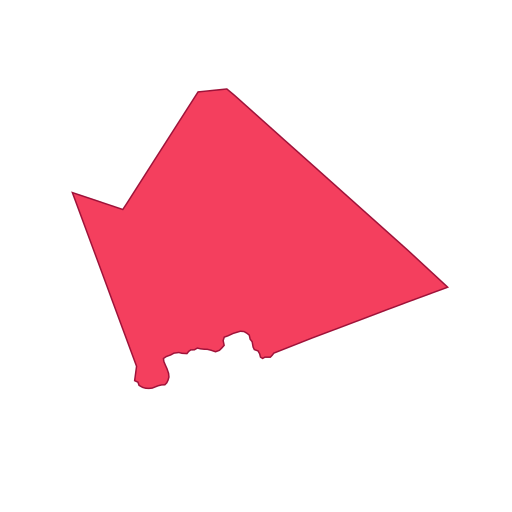 the district of São Benedito do Rio Preto, Maranhão, Brazil, rotated 284°
{"feature_id": "56859067B52035287226996", "entity_name": "São Benedito do Rio Preto", "entity_type": "district", "adm_level": 2, "iso_a3": "BRA", "parent_name": "Brazil", "parent_adm1": "Maranhão", "projection": "mercator", "projection_center": [-43.709, -3.395], "detail": "fine", "context": "isolated", "style": "filled", "palette": "rose", "viewbox_px": 512, "rotation_deg": 284, "n_neighbors": 0, "source": "geoboundaries", "source_scale": "gbopen_adm2", "svg_char_len": 1129}
<svg xmlns="http://www.w3.org/2000/svg" viewBox="0 0 512 512"><g transform="rotate(284 256 256)"><path d="M273.1,62.5L209.2,106.1L184.5,122.9L179.2,126.5L120.1,166.8L105.7,168.4L105.0,172.0L102.2,173.8L101.1,177.7L101.0,180.8L101.6,184.1L102.7,187.2L106.4,192.4L108.1,195.6L109.0,198.7L111.4,200.1L114.3,200.7L117.5,200.8L120.9,199.6L125.1,196.9L128.1,194.5L131.3,192.1L134.2,191.0L136.7,193.2L139.4,197.2L141.9,199.9L143.7,204.5L143.7,207.8L144.6,212.6L147.2,213.8L149.1,215.4L150.1,218.9L152.5,221.4L152.5,224.5L153.0,228.2L153.7,231.4L153.7,235.2L153.3,239.9L155.6,243.3L158.3,245.0L161.6,246.7L166.0,244.6L169.6,244.8L171.7,248.0L175.4,252.6L177.3,255.8L179.2,259.0L179.8,262.7L178.8,266.0L177.6,268.6L173.8,270.5L171.9,273.0L167.0,275.2L164.8,277.0L164.4,280.9L162.0,283.2L159.0,284.8L158.2,287.2L160.0,289.1L161.3,294.4L163.6,295.7L166.1,296.8L189.9,330.1L213.6,364.4L236.1,396.8L239.0,401.1L247.1,412.8L272.1,449.5L298.0,402.4L328.8,344.0L358.8,287.1L375.6,255.1L400.1,208.7L406.8,196.0L411.0,187.3L401.2,160.1L324.3,134.2L275.1,117.7L268.9,115.5L273.1,62.5Z" fill="#f43f5e" stroke="#9f1239" stroke-width="1.5"/></g></svg>